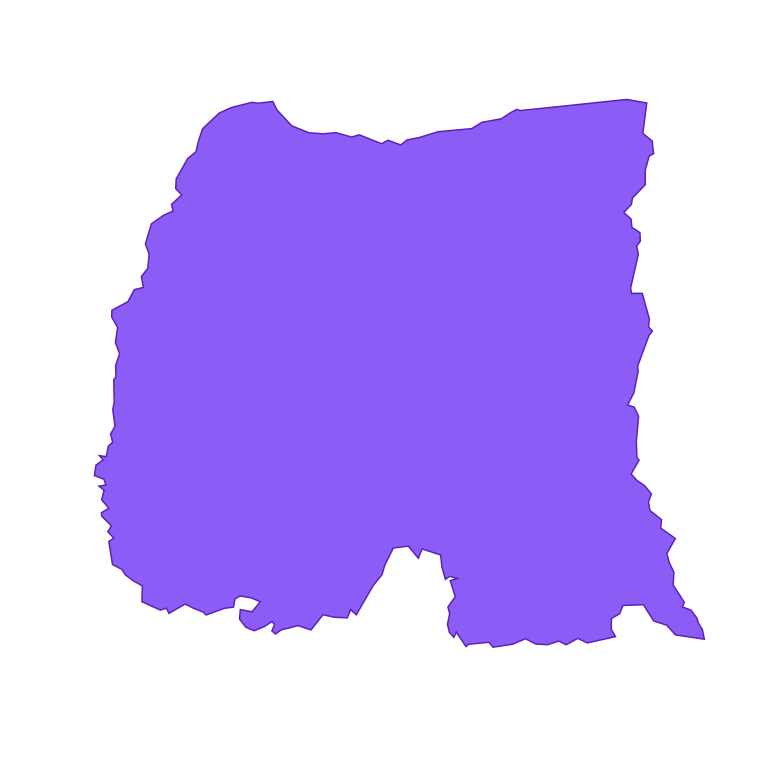 San Germán, Puerto Rico, rotated 262°
{"feature_id": "32010507B44684662227535", "entity_name": "San Germán", "entity_type": "district", "adm_level": 2, "iso_a3": "PRI", "parent_name": "Puerto Rico", "parent_adm1": "", "projection": "robinson", "projection_center": [-67.051, 18.113], "detail": "fine", "context": "isolated", "style": "filled", "palette": "violet", "viewbox_px": 768, "rotation_deg": 262, "n_neighbors": 0, "source": "geoboundaries", "source_scale": "gbopen_adm2", "svg_char_len": 2702}
<svg xmlns="http://www.w3.org/2000/svg" viewBox="0 0 768 768"><g transform="rotate(262 384 384)"><path d="M86.7,665.7L96.6,665.1L102.5,662.4L109.1,661.1L117.5,656.4L121.7,648.4L126.0,651.0L144.7,642.4L157.3,644.9L167.4,641.6L176.8,640.5L190.4,651.0L202.8,638.0L211.1,639.9L221.7,629.7L230.5,629.5L237.9,633.5L246.8,628.1L253.5,620.9L260.5,616.2L273.1,626.0L275.8,624.2L291.6,625.8L316.4,631.6L326.2,628.6L329.3,622.3L340.3,630.1L361.0,637.4L366.5,637.7L385.4,647.9L395.1,653.1L399.1,657.2L403.8,653.9L411.6,655.8L437.8,652.4L439.3,641.7L444.8,641.6L477.0,653.9L485.4,653.4L489.7,657.7L498.2,658.5L504.6,651.3L512.9,651.6L520.5,645.3L527.4,654.0L533.6,655.9L545.1,670.5L559.5,672.5L572.8,678.3L574.6,683.1L581.8,683.2L587.2,683.5L596.1,675.2L625.7,683.3L632.0,664.0L635.8,556.8L637.4,553.9L635.3,547.7L630.3,537.0L629.5,517.3L624.7,506.6L626.3,472.8L623.2,453.5L622.5,440.9L618.4,433.8L624.8,421.9L622.3,415.0L634.2,394.2L633.1,386.2L639.6,371.3L640.2,358.6L643.2,344.7L652.5,328.6L670.1,316.3L679.2,313.2L679.6,298.4L681.3,292.2L679.0,271.3L675.3,258.6L662.1,240.0L654.5,236.1L649.2,233.6L640.1,230.1L634.6,221.0L616.1,206.8L606.4,204.9L599.4,210.0L591.5,198.6L584.7,199.2L581.7,189.1L575.0,176.0L555.9,167.2L547.6,169.1L544.2,169.3L531.4,166.1L524.1,158.7L513.1,159.1L512.2,149.9L501.2,141.9L494.9,124.8L488.1,123.7L477.0,128.1L467.6,125.3L462.5,123.8L450.7,126.4L439.7,120.8L428.4,119.6L425.9,117.0L403.9,114.4L396.1,111.8L379.6,111.8L372.5,106.3L364.2,107.2L360.6,102.2L350.7,98.9L352.7,92.2L347.9,95.2L343.8,87.5L333.6,84.5L333.3,85.0L328.7,93.4L322.7,94.5L322.5,87.4L317.8,92.0L308.6,88.3L299.3,94.2L295.8,86.2L292.5,86.1L281.4,94.3L276.2,89.9L269.0,95.1L266.4,89.6L243.0,90.0L237.0,98.5L230.9,101.4L223.7,108.7L217.8,116.6L202.1,114.0L191.2,131.1L192.3,137.3L186.8,139.1L193.8,156.6L188.7,163.7L183.3,173.2L180.0,175.7L184.1,194.7L184.0,203.9L191.9,206.5L194.1,212.0L190.7,222.7L185.6,231.2L176.8,221.6L180.6,210.3L171.3,208.2L162.2,213.5L157.7,221.2L160.5,231.8L164.4,240.2L161.1,242.1L155.1,238.6L151.5,241.7L154.8,248.0L156.7,265.3L150.6,277.4L164.0,291.5L160.0,302.0L157.5,315.1L165.2,319.6L159.3,324.4L186.0,345.3L195.5,355.5L204.6,359.6L213.3,365.6L220.3,370.4L220.1,385.5L206.7,393.7L215.3,398.8L206.8,416.3L195.0,415.9L182.0,417.6L184.4,422.3L181.2,429.8L180.1,422.2L163.6,425.0L154.2,416.2L147.5,417.1L137.3,413.4L129.0,414.2L123.4,417.9L128.2,421.1L112.6,428.6L114.5,431.6L113.6,452.1L108.2,455.3L108.4,475.2L112.1,488.6L105.3,498.2L103.1,509.7L105.1,521.3L100.4,528.1L105.1,540.4L99.3,549.4L101.6,578.1L109.4,575.0L120.1,576.5L123.7,585.4L131.1,589.6L131.4,590.4L129.3,610.2L111.8,618.1L105.8,630.4L95.0,637.7L86.7,665.7Z" fill="#8b5cf6" stroke="#5b21b6" stroke-width="1.5"/></g></svg>